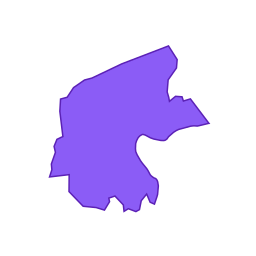 the district of Daviess, Kentucky, United States of America, rotated 131°
{"feature_id": "52423323B15585181357982", "entity_name": "Daviess", "entity_type": "district", "adm_level": 2, "iso_a3": "USA", "parent_name": "United States of America", "parent_adm1": "Kentucky", "projection": "albers", "projection_center": [-87.088, 37.746], "detail": "fine", "context": "isolated", "style": "filled", "palette": "violet", "viewbox_px": 256, "rotation_deg": 131, "n_neighbors": 0, "source": "geoboundaries", "source_scale": "gbopen_adm2", "svg_char_len": 1172}
<svg xmlns="http://www.w3.org/2000/svg" viewBox="0 0 256 256"><g transform="rotate(131 128 128)"><path d="M39.5,151.3L83.5,174.7L114.0,188.0L120.3,192.3L133.2,195.6L144.7,194.1L150.4,197.9L160.1,190.4L177.2,171.5L178.8,172.3L183.2,174.2L190.4,171.7L194.0,166.8L205.5,162.2L209.4,158.1L216.4,155.1L201.8,141.8L214.7,130.8L216.5,110.5L208.9,99.8L205.4,91.9L195.7,93.6L193.5,96.5L187.9,93.2L189.1,81.1L193.5,76.3L188.7,74.8L185.9,67.2L182.1,65.8L174.2,70.3L165.6,70.6L169.5,62.6L168.1,58.1L160.8,61.1L158.7,62.1L151.8,67.1L149.2,70.2L148.3,71.9L148.0,73.4L148.1,74.3L148.6,75.6L148.8,77.1L148.9,79.0L148.7,80.6L147.1,84.8L146.4,87.1L145.2,94.0L144.5,97.0L142.3,103.4L141.5,105.1L140.7,106.7L138.9,108.6L138.7,108.8L134.7,112.0L131.9,113.2L128.6,114.0L126.2,113.9L123.7,113.1L123.0,112.5L122.0,110.3L120.7,104.6L119.4,101.3L115.9,95.1L114.3,93.1L113.3,92.2L112.5,91.8L110.7,91.4L108.0,91.7L101.4,90.8L98.3,89.9L95.8,88.8L85.5,81.9L83.2,79.8L81.5,77.6L81.2,77.1L79.8,76.0L71.5,70.1L71.4,70.0L65.1,100.0L71.3,103.9L69.0,107.7L72.9,112.9L80.7,114.2L78.1,117.4L75.1,122.1L65.3,129.3L50.9,130.8L44.1,135.8L39.5,151.3Z" fill="#8b5cf6" stroke="#5b21b6" stroke-width="1.5"/></g></svg>